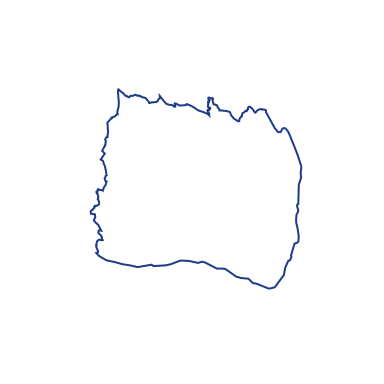 outline of Askim nor, Østfold, Norway, rotated 230°
{"feature_id": "86288312B6065445509759", "entity_name": "Askim nor", "entity_type": "district", "adm_level": 2, "iso_a3": "NOR", "parent_name": "Norway", "parent_adm1": "Østfold", "projection": "natural_earth1", "projection_center": [11.217, 59.597], "detail": "fine", "context": "isolated", "style": "outline", "palette": "blue", "viewbox_px": 384, "rotation_deg": 230, "n_neighbors": 0, "source": "geoboundaries", "source_scale": "gbopen_adm2", "svg_char_len": 5991}
<svg xmlns="http://www.w3.org/2000/svg" viewBox="0 0 384 384"><g transform="rotate(230 192 192)"><path d="M299.7,184.6L299.8,184.0L299.9,183.5L299.6,182.6L299.6,181.3L300.1,179.9L300.2,179.3L300.7,178.3L300.0,178.1L300.2,176.9L299.8,173.5L299.5,171.9L299.1,171.4L298.1,170.9L297.6,170.4L295.8,169.1L294.3,167.9L292.5,166.8L290.9,165.2L289.3,163.2L288.4,162.7L289.0,161.6L288.2,159.4L287.2,158.8L286.1,158.6L285.7,158.2L285.5,157.6L284.0,156.2L283.9,155.6L283.2,155.2L283.3,154.5L283.2,154.0L282.6,153.2L282.5,152.8L282.4,152.3L282.0,151.3L281.2,149.6L277.5,149.9L275.5,142.9L273.3,143.8L271.0,143.0L270.7,142.6L268.5,142.2L263.6,139.7L259.6,137.2L259.8,136.2L258.6,134.3L258.6,133.8L255.9,132.7L255.2,133.2L254.8,133.4L254.7,133.3L254.3,132.4L253.1,130.6L252.8,129.8L252.5,128.5L252.1,127.5L251.3,126.1L250.9,125.3L250.4,124.6L251.0,124.5L252.5,122.9L254.2,122.2L254.6,121.7L254.6,121.4L254.2,121.0L253.5,120.7L253.4,120.1L253.6,119.6L253.6,119.2L253.4,118.8L253.1,118.8L253.2,118.7L252.5,118.3L252.2,118.2L251.2,118.2L250.4,118.0L250.1,117.9L249.6,117.8L249.1,117.6L248.6,117.2L248.3,116.7L247.9,116.3L247.5,115.7L247.0,115.5L247.0,115.3L246.9,115.1L246.4,115.1L245.6,115.1L243.8,114.2L242.6,113.2L242.3,112.4L242.9,109.5L243.9,108.6L243.5,108.0L243.2,107.8L243.1,107.7L243.3,107.6L243.3,107.4L243.3,107.1L243.1,106.9L242.7,106.5L242.5,106.2L242.6,104.8L242.2,104.4L242.4,103.7L242.5,102.5L242.3,102.0L241.5,101.3L241.0,101.1L240.4,100.7L240.3,101.0L240.2,101.1L238.3,102.2L237.6,103.2L237.3,103.2L236.3,102.6L235.5,102.2L234.8,101.5L234.4,101.0L234.3,100.1L233.6,99.0L233.2,98.5L229.8,98.6L228.8,98.7L227.3,99.1L220.7,97.6L221.8,96.7L222.4,96.0L222.4,95.6L222.1,95.1L220.6,93.8L217.8,94.4L215.5,94.1L215.3,93.6L215.0,93.4L213.5,92.9L212.6,92.7L213.0,91.8L214.4,90.9L215.2,90.2L215.4,88.1L215.1,87.3L213.7,85.6L213.4,85.0L213.1,84.8L212.9,84.3L212.8,84.2L212.0,84.3L211.4,83.4L211.0,83.1L209.7,82.8L208.4,82.3L207.3,82.2L206.3,81.1L206.9,79.5L202.5,79.7L194.7,82.6L187.1,88.4L181.8,92.0L175.7,97.3L169.4,102.1L162.3,114.3L160.0,114.9L153.0,124.3L150.4,129.1L148.0,136.0L147.2,138.4L146.3,139.8L144.1,142.2L140.8,145.6L133.7,151.1L132.2,154.9L129.4,156.8L117.4,161.8L113.1,166.8L111.7,168.0L101.8,170.7L101.0,170.8L98.3,171.7L96.4,173.1L95.1,173.8L91.7,177.1L89.8,179.0L89.2,179.4L87.5,179.7L83.6,180.0L82.0,180.9L81.2,181.8L79.9,182.7L68.7,188.7L67.2,191.1L65.8,194.3L69.4,209.1L74.2,214.9L77.3,221.3L76.8,223.4L77.3,224.4L78.4,226.2L78.7,226.7L79.8,227.1L86.5,237.3L85.4,240.7L86.1,242.1L89.6,245.4L97.0,249.9L101.1,251.9L103.6,253.7L106.7,256.7L107.5,257.5L108.8,260.7L109.9,261.8L113.5,263.3L114.8,264.7L114.5,265.7L129.0,278.6L132.9,284.9L133.2,285.0L136.2,287.1L137.8,288.6L139.9,290.9L141.5,292.2L142.0,292.5L144.1,293.3L145.5,293.9L153.0,296.9L160.9,299.6L168.8,302.1L171.5,303.1L175.8,304.3L177.1,304.5L180.0,304.5L180.7,304.4L181.5,303.9L181.8,303.6L182.2,302.7L182.3,302.0L182.2,301.4L181.4,299.7L181.1,299.1L181.0,298.5L181.1,298.1L182.6,296.5L187.4,296.4L205.6,300.0L207.2,301.2L209.2,299.9L209.8,298.9L210.9,298.6L211.2,298.1L211.4,297.5L212.2,296.3L212.4,295.7L212.4,295.0L212.4,293.7L212.0,291.9L212.1,291.5L212.5,291.3L213.0,291.3L214.2,291.5L215.0,291.5L215.9,291.7L217.8,291.6L218.6,291.3L219.3,291.4L220.0,291.2L220.5,290.8L220.7,290.4L220.7,289.7L220.7,289.3L220.5,289.1L220.3,288.8L219.5,288.2L219.3,288.0L219.4,287.1L219.5,287.0L219.3,286.5L218.9,286.3L218.9,285.8L219.6,285.6L219.7,284.8L219.5,283.1L219.9,281.6L219.7,280.9L219.1,280.2L218.8,279.8L218.3,279.4L218.0,278.7L217.9,278.4L218.2,278.0L218.0,277.6L217.9,277.3L217.8,276.8L217.9,276.5L217.3,275.2L216.8,274.4L216.0,273.9L216.1,273.3L216.4,272.8L220.8,271.4L222.1,271.3L225.0,271.3L226.1,271.4L227.7,272.1L229.0,272.4L231.1,271.0L232.8,269.6L233.2,269.1L235.5,267.0L236.7,265.5L237.7,266.1L240.2,266.1L242.4,266.9L242.9,266.5L243.4,266.1L244.0,266.0L244.7,265.4L244.7,265.2L245.3,264.9L246.1,265.3L246.7,265.7L247.6,265.9L248.4,266.3L249.1,266.7L249.4,267.5L249.9,268.0L250.5,268.2L250.8,268.1L250.9,267.7L251.3,267.4L251.4,266.9L251.6,266.5L252.6,266.0L253.4,265.8L253.6,265.0L252.3,264.1L251.1,264.3L251.1,263.9L250.6,263.7L250.1,262.9L250.4,262.6L250.0,262.4L250.4,262.0L249.9,261.7L249.6,261.3L248.7,260.6L248.2,260.2L247.4,259.1L246.5,258.9L245.7,259.2L245.6,259.7L244.8,260.0L244.6,260.0L244.1,259.5L244.0,259.1L244.5,258.7L245.0,258.5L244.9,258.2L244.0,258.1L243.8,257.8L244.3,257.5L244.7,256.8L244.3,256.1L243.5,255.7L242.2,255.7L241.1,255.6L240.6,255.3L240.2,254.6L239.8,254.4L241.6,254.2L245.5,252.3L247.5,251.1L248.2,250.7L248.8,250.2L250.2,249.6L250.8,249.1L254.5,248.2L256.9,247.3L258.0,246.9L260.3,245.9L260.7,245.7L261.2,245.1L262.5,244.8L262.7,244.4L262.6,242.9L263.2,242.2L264.2,240.7L264.7,240.0L265.4,239.3L265.9,238.4L266.3,238.1L267.0,237.7L268.2,237.3L268.7,237.0L269.5,236.9L269.9,236.3L270.7,235.9L270.5,235.7L270.6,235.4L269.7,234.9L269.4,234.7L269.0,234.6L268.9,234.4L268.6,234.3L268.6,234.0L268.4,234.0L268.2,234.0L268.2,233.9L268.6,233.6L268.8,233.3L269.5,233.1L270.9,232.8L271.8,232.3L272.9,231.0L275.4,229.4L275.9,229.1L279.3,228.8L279.9,228.8L280.5,228.9L283.7,228.9L286.0,229.1L286.3,229.1L284.4,227.8L284.4,227.4L284.6,226.7L284.5,226.3L284.6,225.8L283.7,224.2L283.8,222.9L283.8,222.5L284.0,222.2L284.6,221.7L285.0,221.1L285.2,220.3L285.3,220.2L286.1,219.4L286.8,218.5L287.1,217.0L287.5,216.6L287.8,216.4L289.2,216.9L292.2,216.8L292.9,216.9L293.1,217.0L293.6,216.8L294.6,216.4L295.6,215.7L295.8,215.4L296.8,214.7L297.2,214.5L298.2,214.3L299.1,214.0L299.1,213.9L299.2,213.4L299.4,213.1L300.7,212.8L301.1,212.0L301.2,211.8L301.7,211.6L302.5,211.4L302.9,211.2L303.7,208.5L304.0,207.9L304.6,207.5L305.0,207.1L305.1,206.7L305.2,206.3L304.9,204.9L305.3,204.5L305.7,204.1L306.7,204.1L307.4,203.7L307.6,203.6L307.5,203.4L307.8,203.1L309.2,202.8L311.0,202.9L315.2,202.0L318.0,201.6L318.0,201.4L315.9,199.4L311.9,196.5L308.3,194.0L306.7,192.7L304.3,190.3L303.2,188.8L302.2,187.3L301.3,186.3L300.6,185.7L299.3,185.0L299.7,184.6Z" fill="none" stroke="#1e3a8a" stroke-width="2"/></g></svg>